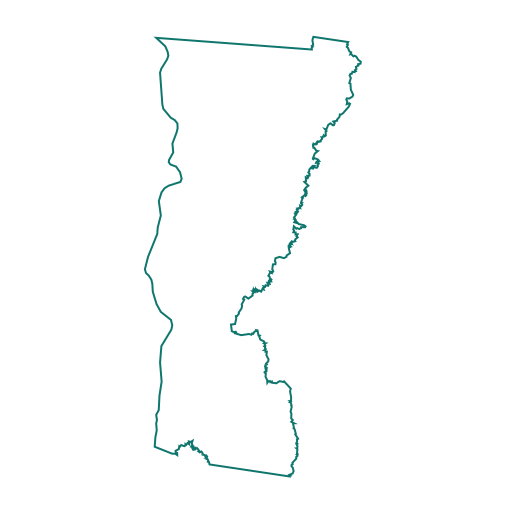 the district of San Javier, Santa Fe, Argentina, rotated 178°
{"feature_id": "61730980B70528593712709", "entity_name": "San Javier", "entity_type": "district", "adm_level": 2, "iso_a3": "ARG", "parent_name": "Argentina", "parent_adm1": "Santa Fe", "projection": "natural_earth1", "projection_center": [-60.274, -30.036], "detail": "fine", "context": "isolated", "style": "outline", "palette": "teal", "viewbox_px": 512, "rotation_deg": 178, "n_neighbors": 0, "source": "geoboundaries", "source_scale": "gbopen_adm2", "svg_char_len": 6070}
<svg xmlns="http://www.w3.org/2000/svg" viewBox="0 0 512 512"><g transform="rotate(178 256 256)"><path d="M230.2,34.5L230.4,35.0L229.3,35.3L230.3,36.1L227.0,37.4L225.9,39.7L226.7,43.3L227.9,44.8L227.7,46.1L226.6,46.7L226.8,48.1L222.9,52.0L222.8,53.8L221.7,54.6L221.5,55.6L222.2,56.2L221.4,56.7L221.9,57.3L221.4,61.5L222.2,62.3L221.6,62.3L221.2,64.4L222.2,66.7L221.3,67.0L222.1,67.8L221.3,69.5L221.5,71.3L220.3,71.9L223.0,76.4L222.4,76.9L223.4,81.4L224.5,82.6L224.1,83.3L224.9,87.5L223.7,87.5L226.5,89.1L225.0,90.8L226.5,92.5L226.1,97.2L226.9,99.1L225.6,103.9L225.8,105.2L226.6,104.8L225.7,105.7L226.3,108.2L227.3,108.7L226.3,109.4L227.0,109.9L226.1,110.0L225.8,113.6L226.7,119.4L225.9,122.3L232.3,129.7L232.9,129.1L236.7,130.1L240.2,128.1L244.4,128.8L244.5,130.0L246.1,129.4L246.4,130.5L247.8,130.2L247.7,129.4L248.2,130.3L249.1,129.0L249.2,131.6L250.7,135.1L250.3,138.0L251.0,138.8L250.0,140.0L250.9,140.1L249.6,141.3L250.3,142.6L249.3,143.0L249.9,144.0L250.3,143.5L250.4,143.8L249.5,144.3L250.8,145.3L250.4,146.6L249.0,147.2L249.7,148.1L247.5,150.2L247.1,152.3L249.1,156.6L248.5,160.0L249.9,160.0L249.9,161.9L250.6,161.9L249.5,162.7L250.3,163.7L249.9,165.4L250.8,165.6L250.1,166.5L250.4,167.9L249.5,168.4L251.1,168.6L250.5,169.3L251.0,170.4L254.6,172.3L255.6,175.6L255.0,176.3L256.3,176.6L257.1,181.6L258.3,181.9L258.1,181.1L260.1,180.5L261.5,178.3L262.5,178.8L263.3,177.5L265.7,178.3L273.5,177.4L279.4,179.4L278.5,180.4L278.9,181.0L280.6,180.6L282.8,181.7L283.4,188.4L279.3,188.7L277.9,194.4L278.2,196.6L277.0,196.7L275.1,199.0L275.2,200.2L272.3,204.1L271.6,206.9L272.0,208.1L269.3,212.7L270.5,213.6L269.2,215.6L268.1,215.9L265.1,213.7L260.8,216.6L260.8,218.3L259.5,219.6L260.3,220.5L258.7,220.1L259.1,221.4L260.2,221.3L259.8,222.6L259.6,222.0L258.4,222.8L257.7,221.9L257.5,222.7L257.1,221.7L256.7,222.7L255.6,222.0L255.8,221.0L254.7,221.3L254.9,222.0L254.5,221.2L254.7,220.8L253.6,221.3L252.1,220.2L250.7,222.8L249.5,222.3L250.0,223.9L248.5,224.5L249.2,225.4L247.9,225.2L247.4,226.4L244.9,225.8L244.5,226.7L245.4,228.5L243.4,227.9L244.1,229.8L242.2,230.0L243.6,231.2L242.9,231.8L241.8,231.1L241.4,232.0L242.9,233.1L243.1,234.8L244.3,235.8L242.5,238.9L241.5,238.6L242.4,239.9L240.0,239.3L239.3,240.0L240.2,242.3L239.4,246.8L240.2,247.0L236.9,247.1L236.6,249.1L237.3,250.2L236.6,253.1L232.5,254.3L228.2,252.9L225.6,254.1L225.3,255.5L221.9,257.6L223.0,263.0L221.9,263.5L222.6,264.3L221.3,264.4L222.4,265.3L220.8,266.3L221.7,266.8L220.9,267.3L222.3,267.2L220.9,267.7L220.0,267.2L220.6,268.5L219.7,269.4L219.2,268.7L216.2,269.4L216.6,270.4L215.8,271.6L213.7,273.2L214.8,274.2L213.7,276.2L215.7,276.1L215.5,278.1L217.8,278.4L217.0,279.9L217.8,281.1L217.1,284.3L214.8,281.9L213.9,282.4L212.0,281.5L210.0,282.2L209.8,283.3L206.0,283.0L205.4,283.9L207.0,285.1L212.1,286.4L214.1,288.7L214.3,287.6L216.6,288.4L215.2,290.7L216.6,291.6L215.9,292.2L216.6,293.3L214.4,295.9L215.3,296.6L214.3,297.2L215.0,297.6L213.4,298.3L214.1,298.9L212.6,299.2L213.5,300.9L212.3,301.5L212.9,302.1L210.5,302.5L211.0,303.4L210.1,302.7L210.2,304.0L209.4,303.1L210.0,304.2L209.2,304.7L209.8,305.3L208.7,304.7L208.0,305.6L209.0,307.0L208.2,307.6L209.1,308.0L207.5,311.9L208.0,312.5L207.2,312.7L207.7,313.4L205.6,314.9L204.5,314.2L203.8,314.9L204.5,315.4L203.2,316.6L203.2,317.9L204.3,317.5L203.9,318.6L204.8,318.2L203.6,318.8L203.8,319.9L204.9,319.0L205.6,320.2L203.9,322.5L201.2,324.4L205.1,328.4L203.4,329.0L203.5,332.9L201.7,331.9L201.1,333.1L201.8,334.4L199.7,334.5L199.5,336.1L200.8,337.7L199.9,338.7L199.7,340.5L198.4,342.0L195.9,341.4L195.6,342.2L197.1,343.2L196.2,344.1L194.3,344.0L194.9,342.7L192.2,342.0L191.0,343.5L191.5,344.5L190.0,346.1L190.4,347.3L192.7,347.0L192.2,348.1L191.6,348.4L191.3,347.6L190.6,349.0L189.7,348.9L190.6,350.2L194.4,351.9L195.8,349.9L195.3,350.7L195.8,351.3L193.7,356.3L190.5,358.7L192.0,359.1L194.0,362.2L194.8,362.1L195.3,364.8L194.7,366.2L193.9,365.5L192.2,366.3L192.7,366.9L191.7,366.3L191.7,365.7L191.2,366.0L190.9,368.1L190.2,368.5L189.6,367.8L187.4,368.3L187.6,369.0L185.9,370.7L186.3,372.3L185.4,372.0L184.1,374.3L183.2,373.2L182.0,374.0L182.1,377.9L181.2,378.5L182.7,380.5L181.3,380.0L179.2,384.6L176.9,386.0L174.5,383.9L173.5,384.1L172.7,386.1L174.0,387.7L170.2,388.4L170.2,389.6L167.7,392.1L167.3,394.5L166.3,394.3L164.0,395.7L158.1,402.0L156.7,404.8L157.5,405.4L160.0,404.6L159.4,407.2L160.3,409.1L159.7,410.4L157.2,410.1L154.0,412.0L153.2,413.6L155.4,418.8L155.6,424.9L156.7,425.5L155.0,430.6L156.2,433.1L155.3,434.7L154.0,434.7L153.2,436.7L151.0,436.3L150.8,437.4L150.0,437.4L150.6,438.3L149.1,439.4L149.6,441.5L147.0,442.8L147.3,444.1L144.8,444.6L144.5,446.5L146.9,448.4L148.8,451.7L150.4,452.7L151.7,452.1L153.8,454.5L154.7,454.3L153.8,456.2L155.5,457.2L156.9,460.9L158.0,461.9L156.8,463.7L157.6,464.4L156.4,466.6L191.0,473.0L192.1,469.8L191.5,465.0L192.8,464.1L192.0,463.2L193.0,462.6L193.0,460.4L348.1,477.5L339.4,468.8L337.2,463.3L336.6,459.2L338.0,455.6L344.1,446.5L345.5,442.6L344.3,410.6L343.4,406.2L336.3,397.1L332.5,394.7L329.9,391.2L329.9,386.3L331.1,382.1L335.6,371.3L335.1,362.4L339.6,354.9L339.9,352.8L338.4,350.5L332.7,348.1L329.0,342.4L327.6,335.8L328.9,332.7L340.9,329.3L345.0,326.9L348.2,322.9L351.2,314.3L349.7,299.8L353.2,288.0L353.9,281.5L363.9,259.0L367.5,246.6L366.5,242.8L363.9,240.2L361.4,236.0L360.6,232.0L360.4,223.9L357.1,211.5L353.1,203.5L343.2,195.1L342.1,189.7L343.2,185.3L353.7,169.3L355.6,152.9L354.7,133.7L357.3,120.1L358.6,105.3L361.3,100.7L360.7,95.6L361.6,92.2L361.3,85.2L362.9,78.3L363.9,68.9L346.8,61.4L343.7,61.3L341.7,59.8L341.7,61.8L342.8,61.8L343.2,64.1L339.9,65.7L339.3,68.5L338.8,68.0L337.3,69.7L334.3,68.4L333.2,69.1L333.1,70.3L332.4,69.6L330.9,71.5L329.3,70.2L329.5,73.0L327.9,72.4L325.9,73.5L326.7,71.1L326.2,69.1L327.2,67.8L326.1,67.7L326.5,66.4L325.5,64.5L324.2,64.7L324.6,65.5L324.5,66.0L324.3,65.4L323.1,66.3L322.9,65.4L321.5,66.0L319.3,62.9L320.2,62.6L319.0,61.7L317.4,62.5L316.2,60.7L316.4,59.4L314.3,58.9L313.9,58.0L312.6,58.4L311.9,57.2L313.2,56.1L312.4,56.0L312.5,54.9L311.7,55.0L310.9,53.4L311.3,52.1L310.2,51.8L309.7,49.3L230.2,34.5Z" fill="none" stroke="#0f766e" stroke-width="2"/></g></svg>